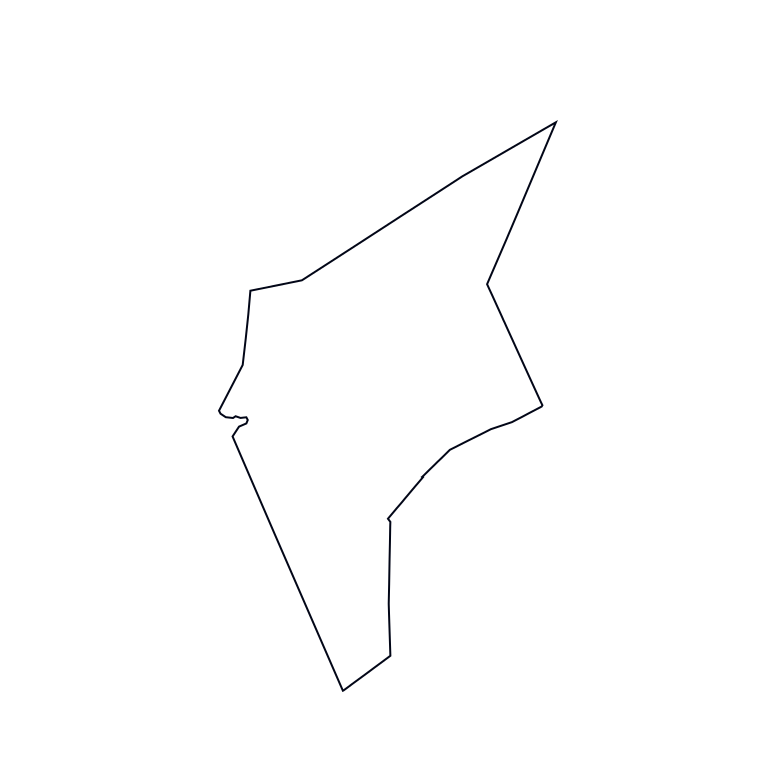 Merwoe, Northern, Sudan (orthographic projection), rotated 19°
{"feature_id": "16777658B43097500879952", "entity_name": "Merwoe", "entity_type": "district", "adm_level": 2, "iso_a3": "SDN", "parent_name": "Sudan", "parent_adm1": "Northern", "projection": "orthographic", "projection_center": [32.145, 18.369], "detail": "fine", "context": "isolated", "style": "outline", "palette": "ink", "viewbox_px": 768, "rotation_deg": 19, "n_neighbors": 0, "source": "geoboundaries", "source_scale": "gbopen_adm2", "svg_char_len": 1435}
<svg xmlns="http://www.w3.org/2000/svg" viewBox="0 0 768 768"><g transform="rotate(19 384 384)"><path d="M445.0,687.4L445.5,686.9L447.8,683.6L451.8,677.7L464.4,659.5L466.7,656.1L469.8,651.6L478.5,638.9L478.4,638.6L464.0,600.8L460.0,590.2L454.2,572.1L446.3,547.8L441.3,532.2L436.2,516.5L434.9,512.3L431.6,510.1L431.7,509.8L432.4,508.0L434.1,503.6L436.5,497.3L438.6,492.1L439.7,489.3L440.9,486.0L444.9,475.6L446.9,470.4L449.0,465.1L451.1,459.7L450.9,459.7L450.3,459.5L450.5,459.2L455.3,449.5L458.1,444.0L460.1,439.9L460.7,438.8L463.3,433.7L463.7,432.9L467.7,424.8L478.2,414.0L482.2,409.9L482.3,409.8L493.6,398.3L499.8,391.9L517.0,378.7L517.3,378.5L520.6,375.0L525.2,370.2L530.4,364.6L540.4,354.0L540.7,352.5L538.3,350.1L535.8,347.5L531.8,343.3L512.3,322.8L497.4,307.1L492.2,301.6L484.5,293.5L479.3,288.0L478.2,286.8L476.3,284.9L474.2,282.6L470.8,279.0L466.5,274.5L457.8,265.3L452.8,260.1L449.0,256.1L449.0,255.7L449.3,251.8L449.4,250.3L452.7,207.1L453.1,201.2L453.5,195.9L453.9,190.1L454.7,178.7L459.9,101.1L461.3,80.6L452.4,90.8L390.5,162.1L376.7,179.8L345.2,220.0L322.4,249.2L319.9,252.4L304.4,272.2L278.5,305.2L275.3,309.3L272.6,312.7L227.3,339.3L233.1,362.6L238.5,386.1L244.2,412.0L236.7,463.0L239.1,465.3L245.2,466.9L252.3,465.3L254.2,462.8L259.4,462.8L262.3,461.4L264.7,460.3L266.9,462.4L266.7,466.1L260.8,471.5L257.9,482.9L297.6,526.5L329.6,561.6L440.5,682.5L445.0,687.4Z" fill="none" stroke="#020617" stroke-width="2"/></g></svg>